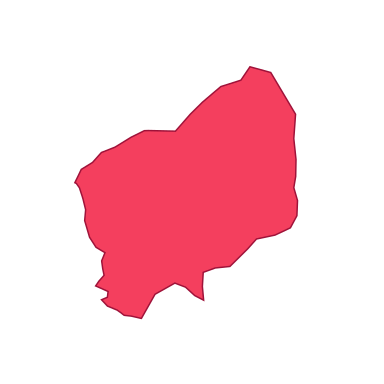 Dodjé, Logone Occidental, Chad (Albers equal-area conic projection), rotated 43°
{"feature_id": "50815135B21432441174008", "entity_name": "Dodjé", "entity_type": "district", "adm_level": 2, "iso_a3": "TCD", "parent_name": "Chad", "parent_adm1": "Logone Occidental", "projection": "albers", "projection_center": [15.491, 8.666], "detail": "fine", "context": "isolated", "style": "filled", "palette": "rose", "viewbox_px": 384, "rotation_deg": 43, "n_neighbors": 0, "source": "geoboundaries", "source_scale": "gbopen_adm2", "svg_char_len": 1139}
<svg xmlns="http://www.w3.org/2000/svg" viewBox="0 0 384 384"><g transform="rotate(43 192 192)"><path d="M288.4,151.1L284.9,137.8L275.0,126.3L263.5,119.4L257.3,110.0L245.9,97.3L230.0,83.5L221.0,72.3L214.7,64.5L168.1,50.9L149.0,60.9L151.5,76.9L141.2,95.2L140.0,105.2L138.4,119.2L137.7,136.3L138.4,158.8L118.1,176.9L115.3,179.7L110.1,193.5L105.1,211.7L98.8,224.9L99.1,238.2L95.6,251.0L96.3,253.2L97.6,257.3L99.0,261.9L99.0,262.0L100.0,265.1L101.6,264.6L106.8,265.7L112.4,268.8L114.6,270.0L116.3,271.0L117.0,271.4L126.3,277.5L133.0,286.1L148.0,295.0L159.5,297.9L166.1,296.5L169.7,295.7L171.0,299.0L172.9,304.0L178.9,308.9L184.5,312.9L184.6,316.3L184.7,320.6L184.9,321.9L185.2,323.8L185.6,326.4L191.1,324.5L197.0,322.5L198.5,322.0L201.9,326.7L199.3,332.5L208.0,333.1L217.6,329.5L217.8,329.4L220.4,329.1L222.1,328.8L224.9,328.6L226.0,328.5L226.5,328.4L227.5,327.7L228.3,327.1L232.2,324.2L237.7,321.0L241.2,319.0L241.2,318.9L234.7,292.0L241.6,270.3L252.2,266.0L264.6,265.9L274.3,263.2L264.0,254.0L255.0,243.1L260.8,231.7L270.5,220.6L271.5,195.5L271.2,182.4L282.1,166.9L288.4,151.1Z" fill="#f43f5e" stroke="#9f1239" stroke-width="1.5"/></g></svg>